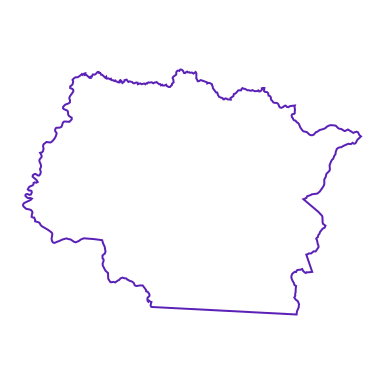 Confresa, Mato Grosso, Brazil (Robinson projection)
{"feature_id": "56859067B65031826235038", "entity_name": "Confresa", "entity_type": "district", "adm_level": 2, "iso_a3": "BRA", "parent_name": "Brazil", "parent_adm1": "Mato Grosso", "projection": "robinson", "projection_center": [-51.724, -10.407], "detail": "fine", "context": "isolated", "style": "outline", "palette": "violet", "viewbox_px": 384, "rotation_deg": 0, "n_neighbors": 0, "source": "geoboundaries", "source_scale": "gbopen_adm2", "svg_char_len": 5795}
<svg xmlns="http://www.w3.org/2000/svg" viewBox="0 0 384 384"><path d="M361.0,136.4L359.5,135.2L357.9,132.2L356.6,131.7L355.0,132.1L353.4,132.9L347.9,129.5L345.3,130.9L344.4,131.0L341.3,129.0L339.2,128.7L338.1,128.1L335.9,125.8L334.9,125.5L330.9,125.1L328.7,125.7L327.0,126.6L325.0,128.4L321.5,129.6L319.8,129.9L317.4,131.7L316.0,132.1L313.7,134.7L312.3,135.2L311.0,135.2L309.6,134.7L306.8,132.1L303.4,131.3L302.4,130.4L300.3,127.4L298.9,124.0L298.2,123.1L296.7,122.2L295.5,120.6L294.1,120.3L293.4,119.6L292.8,118.1L291.9,117.2L291.6,115.2L292.2,114.3L294.3,113.8L294.8,113.0L294.7,111.7L295.0,109.8L294.5,106.7L294.9,105.5L290.0,106.1L288.4,107.2L286.9,106.9L285.7,105.6L284.4,105.9L283.5,106.8L281.5,107.8L280.1,107.5L279.2,106.5L278.4,104.3L277.7,103.5L276.6,102.9L274.2,102.8L273.2,102.3L272.3,100.9L271.1,99.7L270.8,98.4L270.9,97.4L269.8,95.9L268.5,95.6L268.2,93.3L267.3,92.2L265.0,91.9L264.0,91.0L264.4,88.0L263.0,87.9L261.8,88.3L262.1,89.5L260.4,91.2L259.2,91.5L258.4,90.4L257.0,91.1L254.8,91.2L252.3,90.1L251.3,90.7L250.2,90.7L248.9,90.2L247.5,90.3L244.9,88.8L243.6,88.8L242.6,88.1L241.7,88.7L241.1,90.3L238.3,90.3L236.5,92.5L234.9,93.8L233.9,94.0L233.3,96.2L230.5,98.0L230.8,99.6L227.6,99.4L226.7,98.7L225.3,98.4L224.3,99.3L223.3,99.3L222.8,98.3L219.2,96.9L218.1,95.3L217.2,92.5L216.1,92.5L212.9,88.2L212.7,86.4L212.1,85.4L211.9,84.2L209.7,83.0L208.3,82.9L207.2,83.5L206.8,82.2L200.8,80.1L199.0,81.1L197.7,81.2L197.1,79.5L196.3,78.6L196.4,73.4L195.6,72.0L193.5,73.6L191.9,72.5L190.1,72.8L189.1,72.2L188.0,72.4L187.2,71.6L186.1,72.1L185.2,73.1L184.0,73.0L183.2,71.1L181.8,69.7L180.3,69.5L179.4,70.9L178.0,70.5L176.8,71.3L176.3,72.2L176.2,74.6L173.1,76.9L172.6,78.2L173.3,79.5L173.6,82.4L171.9,83.9L171.9,85.1L170.9,85.8L170.2,86.9L168.8,87.0L166.7,85.9L166.2,84.7L164.7,85.4L163.0,85.6L162.1,84.7L161.0,85.4L160.1,84.1L159.1,84.2L158.4,83.5L157.5,83.0L156.6,82.0L155.4,82.5L154.4,82.6L153.3,83.3L151.7,82.3L149.7,82.6L148.3,82.4L147.3,83.5L146.4,83.2L145.4,84.3L144.1,83.5L141.6,84.2L140.3,83.4L137.8,84.2L137.6,82.7L136.2,82.5L134.1,83.4L133.0,83.0L132.1,82.0L129.7,81.4L128.4,82.0L126.6,79.6L124.5,80.2L124.4,81.4L122.4,83.0L121.5,81.1L120.4,80.1L119.6,80.7L119.8,82.3L118.8,82.5L116.0,81.3L115.2,80.4L114.3,81.0L113.2,80.3L111.5,80.1L110.9,78.7L109.8,79.2L108.6,78.4L106.8,78.6L106.2,76.7L105.3,77.8L102.2,74.8L101.0,74.7L100.3,73.0L99.1,73.0L98.7,71.9L97.6,72.0L95.5,74.2L94.3,74.7L93.0,74.4L92.2,75.5L91.9,76.6L90.6,76.7L90.8,77.9L89.6,77.9L86.1,74.7L84.9,75.0L85.3,73.3L84.3,73.5L82.4,74.9L81.8,74.1L80.8,75.1L77.9,77.2L75.5,77.3L73.6,78.6L72.5,79.9L73.1,81.1L73.1,82.4L72.6,84.1L71.8,85.2L70.2,86.4L70.2,88.1L72.4,88.9L73.3,90.1L73.3,91.6L69.9,96.3L69.4,97.6L69.4,98.8L70.0,100.3L69.9,102.3L68.8,103.3L65.6,104.5L64.6,105.2L63.1,106.9L63.1,108.4L63.8,109.1L67.1,110.5L67.9,111.4L68.2,114.7L69.1,116.1L71.7,117.7L71.7,119.4L69.4,121.8L64.6,121.5L63.6,121.8L62.8,122.9L61.8,126.1L61.3,126.9L59.8,127.6L56.3,127.8L55.5,128.6L55.1,129.9L55.3,131.4L56.4,132.6L56.6,133.7L55.7,136.5L54.4,138.8L52.5,141.0L51.3,142.0L50.4,142.5L46.5,142.0L43.8,144.1L43.2,145.0L43.1,146.7L43.6,148.7L42.9,151.4L41.9,152.4L40.1,152.8L41.6,155.6L41.6,157.0L40.0,158.9L39.4,160.0L39.4,161.3L40.8,164.5L41.1,166.1L40.8,167.4L40.0,169.1L40.8,172.1L40.5,173.4L39.9,174.7L38.9,175.6L38.0,175.5L35.4,173.9L34.4,174.1L32.8,175.3L32.6,176.7L36.5,180.0L37.7,182.0L36.5,182.7L34.7,182.4L33.6,182.9L33.4,184.5L32.6,185.4L30.0,186.4L28.7,187.5L27.8,189.5L29.2,190.6L30.6,190.5L31.5,191.0L31.8,192.4L30.9,194.5L29.5,194.9L27.5,194.0L26.2,194.2L25.4,195.0L25.5,196.1L27.4,197.8L28.6,198.1L30.4,198.0L31.9,198.6L30.7,199.9L24.2,203.0L23.4,203.9L23.0,205.1L23.4,206.3L26.1,208.8L30.0,209.6L31.2,210.2L32.1,211.3L32.5,212.8L32.0,213.9L31.6,216.8L32.4,217.4L34.2,217.6L35.2,220.1L35.1,221.3L38.8,222.4L39.7,223.2L40.7,225.1L41.8,226.2L48.3,230.0L51.6,232.5L52.2,233.4L52.3,234.5L51.6,238.4L51.7,239.7L52.2,241.2L52.8,242.3L54.1,242.9L55.1,242.7L57.4,241.6L58.4,241.4L62.2,239.6L66.4,238.4L68.5,239.1L70.5,239.4L74.2,241.9L75.8,242.3L79.0,240.9L80.8,239.5L83.8,238.3L94.1,239.1L102.2,240.2L103.1,243.4L104.7,246.8L105.5,251.7L104.9,253.4L102.5,255.5L102.5,258.2L103.6,259.5L103.5,261.3L102.6,263.6L102.8,265.6L105.4,270.6L108.0,273.0L108.2,278.6L109.9,281.5L110.9,282.3L113.5,281.9L115.3,282.4L117.9,280.5L119.2,279.9L120.5,278.4L122.6,277.6L124.3,278.2L126.4,278.5L127.4,279.7L128.3,279.9L129.1,280.6L132.1,281.6L133.8,283.0L134.8,285.4L136.4,286.0L140.4,285.4L142.7,285.5L146.0,289.9L146.1,291.3L147.6,291.7L149.1,293.7L149.5,294.7L149.4,296.0L147.6,297.7L147.4,298.7L147.5,300.7L148.3,301.7L149.0,300.6L150.3,301.7L151.4,302.0L150.6,305.2L151.0,306.6L151.8,307.0L296.6,314.5L296.9,311.5L298.8,307.1L298.7,305.9L299.1,304.5L297.9,301.3L295.6,299.5L294.3,297.5L295.3,295.7L295.1,294.1L295.6,292.3L295.7,288.7L296.1,286.0L294.5,285.1L293.8,282.9L292.5,280.7L291.4,277.9L291.4,276.0L292.3,273.7L294.6,271.9L296.1,272.0L296.8,270.4L298.0,269.9L300.5,269.7L302.2,269.0L303.1,270.9L304.7,272.4L305.8,273.0L306.7,272.2L307.7,272.4L312.2,271.9L306.3,254.6L307.6,254.3L308.6,253.5L311.2,253.4L313.5,251.4L315.6,251.4L318.0,248.0L318.6,246.9L318.3,245.2L317.8,244.2L317.0,240.2L316.2,238.8L316.7,237.9L317.8,237.2L318.4,234.9L319.4,233.9L320.0,232.0L322.7,228.6L324.6,227.7L325.5,225.7L322.9,223.7L322.5,221.3L322.6,220.3L322.4,216.8L321.9,215.6L318.2,211.7L303.4,199.2L306.4,198.0L307.1,196.3L310.8,195.0L311.8,194.3L317.3,193.6L319.7,191.6L322.1,188.3L323.9,185.4L324.3,184.0L324.3,179.3L325.7,177.0L326.4,173.9L329.4,170.9L329.9,169.5L329.6,165.2L331.2,161.2L332.1,159.7L333.2,158.8L334.4,155.6L335.5,154.2L335.7,152.0L336.8,149.0L338.0,148.0L339.5,147.4L341.2,147.2L344.2,145.5L348.3,143.8L350.9,144.1L352.6,142.8L353.5,143.6L354.9,143.6L355.9,142.7L357.2,140.0L361.0,136.4Z" fill="none" stroke="#5b21b6" stroke-width="2"/></svg>